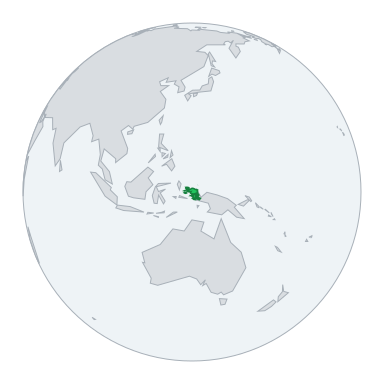 Papua Barat highlighted on a globe, orthographic projection
{"feature_id": "IDN-1933", "entity_name": "Papua Barat", "entity_type": "Province", "adm_level": 1, "iso_a3": "IDN", "parent_name": "Indonesia", "parent_adm1": "", "projection": "orthographic", "projection_center": [132.375, -1.612], "detail": "fine", "context": "on_globe", "style": "filled", "palette": "green", "viewbox_px": 384, "rotation_deg": 0, "n_neighbors": 0, "source": "natural_earth", "source_scale": "10m", "svg_char_len": 11261}
<svg xmlns="http://www.w3.org/2000/svg" viewBox="0 0 384 384"><circle cx="192" cy="192" r="169" fill="#eef3f6" stroke="#a8b0b8"/><path d="M311.9,235.7L311.8,236.9L311.6,237.1L311.9,235.7ZM277.2,46.1L273.1,44.1L276.0,46.4L271.1,43.4L280.3,51.0L279.5,53.4L277.1,48.6L274.3,46.5L272.0,46.7L268.7,44.7L265.6,43.9L261.8,41.7L260.7,39.7L258.2,38.4L256.7,38.7L252.0,37.1L254.5,36.8L246.4,34.2L243.1,31.5L250.0,33.3L263.9,39.1L277.2,46.1ZM344.0,135.9L342.5,132.1L344.2,134.3L344.0,135.9ZM341.1,130.0L341.8,131.2L341.1,130.2L341.1,130.0ZM340.4,129.4L340.9,129.8L340.4,129.7L340.4,129.4ZM339.4,129.1L339.9,129.1L339.4,129.1ZM337.5,127.4L337.0,126.9L337.3,126.5L337.5,127.4ZM278.9,48.9L279.7,48.8L280.1,49.6L278.9,48.9ZM265.9,44.2L266.7,45.0L264.8,44.2L265.9,44.2ZM257.2,40.4L253.8,39.3L257.0,40.0L257.2,40.4ZM251.7,38.4L243.6,36.3L244.8,37.6L236.8,33.2L246.4,36.2L250.2,36.7L249.6,37.3L251.7,38.4ZM233.7,31.4L231.6,30.8L233.6,31.1L233.7,31.4ZM127.8,35.7L125.2,36.8L132.2,34.1L132.4,34.6L134.5,33.8L136.7,32.9L135.4,34.5L137.0,34.0L138.1,33.2L141.9,31.6L148.3,29.8L147.5,30.4L145.1,31.2L138.9,34.0L132.6,36.4L132.9,36.5L138.2,34.7L145.8,31.1L149.8,29.9L146.7,31.3L148.2,30.7L149.9,30.3L151.0,30.7L154.6,29.1L175.1,26.1L179.1,27.1L174.0,28.3L187.5,28.7L190.9,30.9L191.9,30.0L199.0,30.3L198.0,29.6L199.0,29.2L216.8,31.0L220.4,32.4L229.1,33.3L229.6,33.0L227.5,31.9L236.8,33.2L244.8,37.6L243.3,38.0L249.3,40.9L245.0,41.7L244.1,44.0L235.9,43.9L236.0,46.2L238.4,47.2L240.3,51.5L235.9,58.0L229.0,48.3L233.4,40.3L230.7,42.9L228.2,41.2L225.3,41.6L223.7,43.9L225.4,44.8L206.8,44.8L196.7,51.4L204.9,52.3L208.2,55.6L203.9,66.6L181.0,80.3L185.1,87.1L184.1,91.0L177.7,92.7L179.0,86.8L174.3,84.1L176.0,80.8L166.2,82.3L168.2,77.8L159.6,81.7L160.8,85.6L168.7,85.6L160.3,91.5L165.9,99.3L164.4,108.0L147.8,122.4L134.1,126.3L132.8,129.2L128.5,125.5L121.1,130.9L127.7,148.5L126.9,153.6L115.6,162.6L115.7,158.7L104.2,148.9L100.8,161.0L109.4,171.6L112.3,184.0L105.1,179.8L102.3,169.0L98.3,165.2L100.3,154.6L98.8,139.1L91.6,141.7L93.1,135.7L89.9,123.3L80.1,127.0L63.9,142.9L60.1,158.8L55.2,165.9L53.0,143.1L56.1,128.3L52.7,129.7L52.6,117.7L45.0,117.5L46.2,113.9L44.3,115.8L44.5,112.4L47.2,106.6L46.3,107.2L39.8,122.5L41.0,122.1L45.1,115.9L42.8,121.6L42.9,126.6L34.7,141.0L27.2,155.0L29.5,145.8L33.4,133.7L38.3,121.9L44.0,110.5L50.5,99.6L57.9,89.3L66.0,79.5L74.8,70.3L84.3,61.8L94.4,54.1L105.1,47.1L116.2,41.0L127.8,35.7ZM27.4,153.9L27.0,155.7L26.6,157.6L26.0,161.2L28.7,156.1L27.8,160.1L24.2,179.1L23.1,196.2L23.3,182.0L24.8,167.9L27.4,153.9ZM59.1,88.5L60.1,89.1L66.4,80.8L67.3,80.5L69.1,78.0L66.9,80.2L72.2,73.6L75.1,71.4L78.4,68.2L78.2,67.9L72.1,73.1L64.3,82.4L61.2,85.7L59.1,88.5ZM92.1,317.3L95.4,319.4L94.2,319.6L92.1,317.3ZM30.6,235.7L39.3,262.9L38.9,263.2L35.4,255.4L29.9,239.0L29.2,234.1L27.9,226.7L30.6,235.7ZM153.4,215.5L158.5,216.7L158.4,217.4L153.4,215.5ZM147.9,212.3L153.7,213.0L147.0,214.0L147.9,212.3ZM156.0,213.3L161.9,212.2L164.5,211.1L164.1,212.8L156.0,213.3ZM144.0,212.1L123.6,210.5L115.8,207.9L117.5,205.1L130.2,206.6L144.0,212.1ZM116.9,205.0L105.1,196.2L90.6,172.1L95.8,172.7L111.3,187.5L110.3,189.9L117.3,196.8L116.9,205.0ZM146.0,191.8L144.9,199.3L133.5,197.8L128.4,196.2L124.8,186.4L126.8,181.7L130.9,182.1L147.9,167.1L153.6,171.5L148.2,177.9L152.9,184.7L146.0,191.8ZM60.4,160.3L62.0,169.9L59.5,171.5L60.4,160.3ZM155.5,156.5L148.2,162.9L155.1,154.2L155.5,156.5ZM160.1,148.2L160.2,151.7L157.7,148.1L160.1,148.2ZM131.9,133.7L127.5,134.3L127.8,131.9L133.6,129.9L131.9,133.7ZM163.2,115.6L161.7,122.3L160.4,124.5L159.1,120.2L163.2,115.6ZM155.8,27.5L148.1,29.0L142.2,30.7L138.2,32.2L140.5,31.1L149.7,28.5L155.8,27.5ZM172.8,26.0L176.2,25.3L177.0,25.5L176.3,25.8L172.8,26.0ZM173.3,25.6L173.3,24.9L176.7,24.5L176.0,25.1L173.3,25.6ZM273.5,299.9L276.1,301.9L271.5,306.4L264.8,310.7L257.9,311.2L273.5,299.9ZM220.9,305.0L219.4,298.6L227.0,299.1L225.0,304.3L220.9,305.0ZM278.3,296.7L282.4,291.7L282.7,284.6L283.7,291.4L288.4,292.7L277.8,301.7L278.3,296.7ZM189.4,276.2L157.7,285.3L150.3,283.2L151.2,278.2L142.5,262.3L144.8,262.8L142.1,252.4L160.2,244.5L172.9,228.9L184.2,231.0L191.9,219.9L203.9,222.1L200.9,231.1L214.0,238.9L221.2,218.7L230.7,242.5L241.2,252.2L245.9,267.7L232.6,291.0L223.6,294.8L221.2,292.1L217.7,294.2L211.1,292.3L206.2,283.5L202.7,285.6L205.4,279.8L200.7,284.7L196.7,279.0L189.4,276.2ZM275.3,246.3L277.4,247.3L281.2,252.1L277.7,250.7L275.3,246.3ZM306.6,239.3L307.8,241.5L305.5,241.5L306.6,239.3ZM311.6,237.1L308.9,237.2L311.9,235.7L311.6,237.1ZM284.8,234.5L286.0,236.2L285.2,236.5L284.8,234.5ZM284.0,233.8L285.0,231.7L285.0,234.1L284.0,233.8ZM273.3,219.6L274.4,218.7L275.0,219.7L273.3,219.6ZM166.2,217.4L173.3,212.1L177.3,212.0L166.2,217.4ZM271.4,216.8L268.3,216.1L268.6,215.0L271.4,216.8ZM271.4,214.0L271.0,212.3L273.1,216.6L271.4,214.0ZM265.4,209.3L269.3,212.9L265.0,209.6L265.4,209.3ZM263.3,209.3L260.6,207.6L260.7,207.1L263.3,209.3ZM234.3,207.2L244.2,218.6L236.6,217.2L227.9,209.8L221.7,214.8L207.3,212.0L210.4,208.8L208.3,203.2L193.8,199.4L190.9,195.6L195.9,193.8L186.5,190.0L196.7,189.5L201.1,197.2L206.9,192.3L217.3,195.0L227.6,198.7L236.3,205.3L234.3,207.2ZM197.1,205.3L198.9,205.6L197.4,207.6L197.1,205.3ZM255.4,202.7L259.3,206.9L258.9,207.7L257.0,206.9L255.4,202.7ZM238.2,204.4L247.3,199.8L249.5,200.2L243.5,206.1L238.2,204.4ZM245.0,195.6L249.3,197.1L251.7,200.8L250.8,201.6L245.0,195.6ZM176.2,196.5L175.8,198.4L173.2,196.6L176.2,196.5ZM179.5,195.6L187.5,198.6L178.8,197.3L179.5,195.6ZM156.3,186.7L158.5,191.5L165.5,189.1L160.2,192.9L165.1,201.1L163.5,203.9L158.6,195.1L157.2,203.6L154.1,203.2L152.3,195.6L155.3,186.9L158.4,183.5L171.0,183.1L156.3,186.7ZM179.4,189.9L177.3,184.3L178.9,180.9L181.1,183.9L179.4,189.9ZM171.6,170.9L166.5,164.3L161.6,166.2L171.8,158.7L174.9,166.2L171.6,170.9ZM167.7,157.2L163.1,158.9L168.1,154.5L167.7,157.2ZM162.1,156.8L161.9,152.6L165.4,153.5L162.1,156.8ZM170.1,157.6L171.5,150.7L173.0,155.0L170.1,157.6ZM161.2,143.4L168.2,150.7L158.6,147.0L159.6,134.0L163.8,134.0L161.2,143.4ZM193.6,96.7L193.3,93.5L197.5,93.3L196.5,95.5L193.6,96.7ZM210.9,90.9L198.6,92.2L188.6,93.9L191.1,95.7L187.7,100.9L184.7,95.3L192.6,90.2L199.9,90.0L202.2,85.9L208.3,83.8L208.8,78.6L211.8,76.8L213.6,81.7L210.9,90.9ZM208.7,76.4L211.7,68.1L219.1,70.6L220.0,72.9L215.5,75.5L211.9,74.1L208.7,76.4ZM214.6,67.0L211.2,65.7L208.3,53.8L209.6,52.0L215.6,61.5L212.6,60.9L212.0,63.6L214.6,67.0ZM231.6,31.2L231.6,30.8L233.0,31.4L231.6,31.2ZM198.3,28.8L199.9,28.5L201.5,29.0L198.3,28.8ZM205.2,27.9L202.3,27.5L205.7,27.6L205.2,27.9ZM195.7,27.0L201.3,27.3L195.4,27.5L195.7,27.0Z" fill="#d9dde1" stroke="#a8b0b8" stroke-width="1"/><path d="M199.3,199.8L199.2,199.8L198.9,199.6L198.7,199.4L198.8,199.2L198.8,198.9L199.5,199.0L199.6,198.9L198.8,198.8L198.5,199.0L198.3,199.1L198.1,199.0L198.2,198.9L197.8,198.7L197.8,198.8L197.7,198.9L197.8,199.0L197.7,199.1L197.3,198.9L197.3,198.7L197.2,198.8L197.2,198.7L197.3,198.6L197.2,198.3L197.1,198.5L196.9,198.4L196.7,198.6L196.3,198.0L196.3,197.8L196.2,197.9L196.2,198.0L196.3,198.2L196.1,198.0L195.9,198.1L195.9,197.9L195.7,197.5L195.9,197.3L195.9,196.8L195.9,196.7L195.9,196.8L196.0,196.6L196.3,196.3L196.5,196.5L196.6,196.4L196.4,196.2L196.4,195.9L196.2,195.9L196.3,196.0L196.2,196.1L195.8,196.5L195.8,197.2L195.7,197.3L195.4,197.2L195.4,197.4L195.5,197.5L195.0,198.2L195.0,198.5L194.6,199.2L194.0,199.2L193.8,199.4L193.6,199.3L193.5,199.1L193.2,198.9L193.3,198.9L193.0,198.1L193.1,197.9L193.5,198.0L193.5,197.8L193.6,197.7L193.3,197.4L193.3,196.9L193.1,196.9L193.1,197.1L192.9,197.1L192.7,196.8L192.7,196.7L192.5,196.4L191.9,196.0L191.9,195.9L191.4,195.8L191.2,195.9L191.2,196.0L191.1,195.8L190.8,195.9L191.0,195.7L190.9,195.6L191.0,195.5L190.8,195.5L191.1,195.3L191.4,195.3L191.2,195.3L191.4,195.2L191.8,195.1L192.2,195.2L192.1,195.3L192.3,195.3L192.3,195.2L192.6,195.3L192.9,195.5L193.0,195.5L193.4,195.3L193.9,194.6L194.5,194.4L194.8,194.5L195.0,194.7L195.0,195.1L195.0,194.9L195.2,194.6L195.2,195.0L195.2,194.7L195.3,194.7L195.4,194.9L195.6,194.7L195.8,194.8L195.8,195.3L195.9,194.7L196.0,194.7L196.2,195.1L196.3,194.8L196.2,194.6L196.3,194.6L196.1,194.5L196.0,194.4L196.3,194.4L196.5,194.6L196.4,194.4L196.8,194.3L196.5,194.3L196.7,194.1L196.4,194.2L196.6,194.0L196.6,193.7L196.6,194.0L196.5,193.9L196.3,194.0L196.2,193.9L196.4,193.7L196.6,193.6L196.4,193.5L195.9,193.7L195.7,193.8L195.6,193.7L195.5,193.9L195.3,193.7L195.4,193.8L195.2,193.8L194.7,193.7L194.3,193.8L193.7,194.0L193.3,193.9L192.9,194.0L192.7,193.8L192.5,193.7L191.9,193.9L191.5,193.6L191.0,193.4L191.3,193.1L191.0,193.2L190.8,193.0L190.8,192.9L190.7,192.8L190.7,192.6L190.9,192.3L191.0,192.2L190.7,192.3L190.6,192.1L190.8,191.8L190.5,191.9L190.3,192.0L190.3,191.7L190.2,191.9L190.1,191.7L189.9,191.7L189.6,191.6L189.4,191.6L189.2,191.7L189.1,191.4L188.8,191.3L188.9,191.5L188.6,191.7L188.3,191.5L188.0,191.5L187.8,191.5L187.8,191.4L188.0,191.3L188.0,191.0L188.2,190.9L188.5,190.8L188.7,190.4L188.7,190.0L188.8,189.9L188.6,189.7L189.4,189.4L189.6,189.4L189.5,189.6L190.5,189.3L190.8,189.0L191.1,188.8L191.2,188.6L191.3,188.5L192.2,188.3L193.0,188.3L193.6,188.6L193.8,188.6L194.0,188.7L194.3,188.8L195.0,189.4L195.5,189.5L195.6,189.4L196.0,189.5L196.1,189.4L196.3,189.4L196.7,189.4L197.3,189.8L197.0,189.9L196.9,190.1L197.2,190.6L197.4,190.8L197.6,191.2L197.5,191.5L197.4,191.8L197.0,192.2L197.2,193.0L197.2,193.3L197.1,193.5L197.3,194.1L197.4,194.3L197.8,194.7L198.0,195.3L198.1,195.7L198.4,195.6L198.2,195.0L198.2,194.7L198.4,194.6L198.7,194.7L198.8,195.6L198.1,196.1L198.1,196.3L197.7,196.7L197.5,197.2L200.5,198.3L199.3,199.8ZM188.8,187.9L189.0,188.1L188.8,188.3L188.7,188.3L188.2,188.2L188.0,188.3L187.9,188.3L187.6,188.0L187.3,188.0L187.3,187.8L187.1,187.5L186.8,187.5L187.0,187.7L187.2,188.1L187.4,188.2L187.6,188.1L187.8,188.3L187.7,188.5L187.2,188.6L187.0,188.2L186.7,188.2L186.6,188.5L186.6,188.4L186.5,188.1L186.3,188.1L186.1,188.1L185.6,187.8L186.2,187.9L186.2,187.7L186.0,187.8L185.9,187.7L186.0,187.5L186.3,187.6L186.2,187.5L186.3,187.5L186.5,187.4L186.6,187.5L186.7,187.4L187.1,187.3L187.3,187.4L187.2,187.3L187.4,187.3L187.9,187.4L188.1,187.4L188.4,187.5L188.6,187.7L188.8,187.7L188.9,187.8L188.8,187.9ZM186.3,192.7L186.0,192.9L186.3,193.1L186.1,193.2L185.8,193.3L185.4,193.3L185.3,193.2L184.6,193.1L184.2,192.8L185.1,192.4L185.7,192.4L186.0,192.2L186.0,192.4L186.3,192.7ZM188.1,190.2L188.2,190.4L188.1,190.9L187.9,191.2L187.7,191.1L187.2,190.9L187.1,190.6L187.1,190.3L186.9,190.1L187.6,189.9L187.8,190.0L188.0,189.9L188.2,190.1L188.1,190.2ZM187.7,189.5L187.4,189.8L186.2,190.0L186.3,189.9L186.3,189.7L186.5,189.7L186.9,189.6L187.2,189.7L187.4,189.6L187.7,189.5ZM187.0,188.5L186.9,188.8L186.7,188.8L186.8,188.6L186.6,188.7L186.4,188.8L186.5,188.7L186.3,188.6L186.5,188.5L186.8,188.5L187.0,188.5ZM195.5,199.7L195.7,199.9L195.4,199.7L195.2,199.8L195.0,199.6L194.8,199.5L194.8,199.4L195.2,199.6L195.5,199.7ZM184.9,190.7L184.8,190.8L184.6,190.9L184.2,190.8L184.6,190.6L184.9,190.7ZM197.9,193.2L198.0,193.3L197.9,193.5L197.8,193.4L197.9,193.2ZM197.5,192.4L197.5,192.5L197.4,192.6L197.3,193.0L197.3,192.6L197.5,192.4ZM195.6,194.5L195.3,194.4L195.6,194.5ZM198.5,194.0L198.5,194.5L198.4,194.5L198.3,194.3L198.4,194.2L198.5,194.0ZM193.0,197.4L193.0,197.6L192.9,197.4L192.7,197.3L192.9,197.3L193.0,197.4ZM189.6,195.1L189.8,195.0L189.6,195.1ZM197.7,185.1L197.8,185.0L197.7,185.1L197.7,185.1Z" fill="#22c55e" stroke="#15803d" stroke-width="1.5"/></svg>